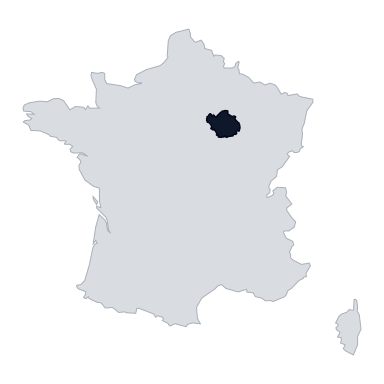 Aube on a map of France (Albers equal-area conic projection)
{"feature_id": "FRA-5270", "entity_name": "Aube", "entity_type": "Metropolitan department", "adm_level": 1, "iso_a3": "FRA", "parent_name": "France", "parent_adm1": "", "projection": "albers", "projection_center": [4.051, 48.317], "detail": "fine", "context": "in_parent", "style": "filled", "palette": "ink", "viewbox_px": 384, "rotation_deg": 0, "n_neighbors": 0, "source": "natural_earth", "source_scale": "10m", "svg_char_len": 6036}
<svg xmlns="http://www.w3.org/2000/svg" viewBox="0 0 384 384"><path d="M303.3,146.7L300.6,148.4L299.1,151.6L297.3,152.4L294.1,152.6L292.5,150.7L288.7,152.1L287.2,154.1L289.6,156.5L282.2,166.8L277.4,169.7L276.6,176.3L270.9,181.3L268.8,186.6L268.7,187.6L270.2,189.3L269.7,192.7L266.8,194.9L266.8,197.1L267.7,197.4L272.2,195.5L273.9,193.5L272.9,190.8L277.3,187.3L285.5,187.8L286.6,192.3L285.7,196.0L291.9,204.0L286.9,207.9L286.7,210.4L292.3,218.4L295.7,221.7L294.2,227.2L288.6,231.0L285.0,230.8L283.5,231.7L283.7,233.4L286.4,238.3L292.7,241.3L293.7,245.0L292.1,246.4L289.4,252.2L290.8,254.9L290.3,256.2L291.0,258.1L292.7,259.9L301.5,264.4L309.3,263.1L310.4,265.8L305.9,273.4L306.4,276.7L303.9,276.9L303.6,278.1L298.8,280.7L291.3,288.5L287.7,290.9L286.4,294.7L284.3,296.9L273.1,301.5L270.9,300.6L265.4,300.8L261.9,298.2L255.3,296.6L253.1,292.7L246.9,292.1L246.6,289.4L238.0,291.9L225.8,288.4L221.6,284.6L218.1,285.6L214.9,289.0L201.8,298.0L196.5,307.4L197.4,318.4L200.4,323.8L192.3,322.9L187.5,324.4L186.2,326.7L174.8,323.7L170.5,325.9L169.4,325.7L168.0,323.4L162.4,320.6L163.4,318.8L162.6,317.2L157.4,315.7L155.6,317.2L153.7,314.0L139.2,308.4L136.8,308.4L135.7,313.3L126.2,312.7L124.9,311.8L118.8,312.5L112.6,307.5L105.3,308.0L101.2,302.9L97.0,302.3L91.1,299.5L88.5,298.0L88.2,296.6L86.3,298.6L84.1,298.0L83.6,297.3L85.3,294.8L85.8,291.7L78.4,288.9L76.6,286.5L76.7,285.3L80.8,284.6L84.7,280.6L89.2,265.4L93.0,247.3L95.0,244.0L97.3,243.2L95.7,240.5L93.2,243.7L95.7,227.0L99.2,214.6L104.9,220.1L106.2,222.5L107.5,230.1L110.8,233.4L108.7,230.3L107.1,220.1L105.9,217.2L96.8,208.2L96.6,206.3L100.8,207.6L99.5,201.2L99.4,188.1L93.7,186.4L84.9,180.1L79.3,169.6L78.9,165.8L80.9,161.9L79.6,159.3L77.1,157.4L79.4,154.1L81.3,153.9L87.7,156.4L82.6,152.7L73.8,153.1L70.5,151.7L70.1,149.3L72.7,146.5L69.9,144.3L64.9,144.3L64.4,143.5L66.1,141.4L64.9,140.5L60.8,141.0L58.6,140.1L56.6,137.4L50.2,136.2L48.9,134.6L40.2,130.9L30.8,130.4L28.7,125.1L23.3,122.1L24.6,120.7L30.5,119.9L31.7,118.6L27.8,116.1L26.6,113.9L34.2,114.3L31.0,111.7L23.7,111.1L23.0,108.0L24.3,105.1L28.9,102.9L39.7,101.1L47.4,101.8L53.2,98.8L58.7,98.4L63.6,100.6L69.8,109.8L75.6,106.5L83.8,107.3L85.4,109.6L87.9,105.8L89.5,108.2L99.6,108.2L97.4,106.5L95.8,102.7L96.4,89.2L92.0,79.1L91.0,75.4L91.6,72.4L97.4,73.4L102.4,72.4L104.7,73.5L104.8,79.9L106.7,83.6L120.2,85.6L128.0,88.1L134.9,84.8L141.2,83.6L141.7,82.7L138.1,82.9L134.9,81.2L134.5,79.5L136.5,74.7L146.2,69.7L160.2,65.6L163.8,62.7L168.0,57.3L167.2,55.8L168.3,40.7L170.4,35.8L175.7,32.4L188.9,29.1L190.4,33.9L190.3,36.6L193.7,40.9L195.4,42.3L201.2,40.1L203.9,44.1L204.7,48.5L211.7,50.4L213.7,56.3L215.0,55.0L219.3,55.3L221.4,55.8L224.2,58.3L223.4,61.8L224.6,63.5L223.4,66.7L224.3,68.0L232.4,68.0L234.8,66.6L235.9,63.3L238.3,61.4L239.2,62.0L237.7,68.0L238.9,69.5L239.5,73.8L242.6,74.1L248.6,77.4L253.7,83.0L259.9,82.0L264.9,85.0L270.0,83.2L274.8,84.8L276.5,86.4L281.3,94.2L284.7,92.5L287.2,93.3L288.0,95.6L297.2,93.9L299.0,96.0L300.9,96.8L312.7,99.2L313.0,102.1L306.7,111.0L304.3,123.2L302.5,127.5L301.9,130.7L302.5,132.8L302.3,136.1L301.2,144.0L302.2,146.3L303.3,146.7ZM357.6,306.5L357.3,311.5L359.3,314.9L361.0,329.2L357.6,336.3L357.6,344.7L353.4,354.9L345.7,351.0L343.3,348.7L345.1,344.8L340.6,343.0L341.4,339.3L340.9,337.4L337.8,337.4L337.6,336.5L339.7,333.5L339.5,331.7L336.5,329.7L335.9,327.8L338.5,325.4L337.1,323.5L335.6,323.1L338.9,316.4L341.3,314.2L347.0,312.1L349.2,309.5L353.0,310.5L353.6,309.9L354.1,299.5L355.4,299.3L356.7,300.5L357.6,306.5ZM97.7,201.8L96.7,204.7L93.3,199.4L93.1,196.5L97.7,201.8Z" fill="#d9dde1" stroke="#a8b0b8" stroke-width="1"/><path d="M224.8,110.6L227.3,110.7L227.5,110.8L227.7,111.0L227.8,111.4L227.9,111.8L227.8,112.5L227.6,113.5L227.8,113.9L232.3,116.7L232.5,116.7L233.4,116.1L233.9,116.0L235.5,116.6L235.5,117.0L235.5,117.5L235.3,117.9L234.8,118.7L234.8,119.0L234.9,119.3L235.7,119.9L236.6,121.1L237.4,121.6L237.9,122.5L238.1,122.6L238.9,122.9L239.0,123.0L239.1,123.3L239.0,123.6L238.9,123.8L238.9,124.0L239.0,124.2L239.1,124.4L239.4,124.5L239.5,124.6L239.6,124.8L240.0,127.9L239.9,128.2L239.9,128.4L239.6,128.9L239.6,129.0L239.5,129.7L239.4,130.3L239.2,130.9L238.9,131.1L237.6,130.8L237.2,130.8L236.9,130.9L236.5,131.2L236.2,132.0L236.7,133.2L236.3,133.9L235.6,134.3L235.4,134.4L235.0,134.4L234.3,134.2L234.0,134.2L233.7,134.3L233.2,134.8L233.1,135.1L233.1,135.4L233.1,135.6L233.0,135.8L232.7,135.9L227.8,136.6L227.0,137.3L226.7,137.3L226.5,137.2L226.2,137.0L225.8,136.5L225.5,135.8L225.4,135.7L225.2,135.8L225.2,136.1L225.2,136.3L225.2,136.5L225.0,136.8L224.8,136.7L224.6,136.5L224.4,136.3L224.1,136.3L223.8,136.4L223.7,136.6L223.6,136.8L223.3,137.0L223.1,137.1L222.6,137.0L222.1,136.9L221.9,136.9L221.7,136.9L221.4,137.3L221.2,137.4L220.8,137.3L220.5,137.1L220.3,137.1L220.2,137.1L219.3,137.2L218.7,137.1L218.3,136.8L218.2,136.5L218.2,136.3L218.2,135.6L218.2,135.4L218.1,135.2L217.8,135.2L217.4,135.3L217.2,135.3L216.7,135.1L216.5,134.8L216.5,134.7L217.0,134.5L217.2,134.4L217.2,134.2L215.5,131.2L215.1,130.7L214.8,130.4L214.6,130.1L214.6,129.9L214.5,129.6L214.3,129.4L214.0,129.2L213.8,129.3L213.7,129.4L213.6,129.6L213.5,129.8L213.1,129.9L212.8,129.8L212.4,129.6L211.7,129.0L210.9,128.6L210.9,128.3L211.0,128.1L211.4,127.7L211.6,127.5L211.6,127.3L211.6,127.1L211.5,126.6L211.5,126.4L211.5,126.2L211.3,125.6L211.1,125.2L209.6,123.2L209.3,122.9L208.9,122.6L208.2,122.2L207.8,122.1L207.4,122.2L207.2,121.7L207.1,121.0L206.7,120.7L206.7,120.4L206.7,120.0L206.9,119.5L206.9,119.4L206.6,118.8L206.7,118.5L206.8,118.3L207.3,117.9L207.3,117.7L207.1,117.2L207.0,116.8L207.1,116.7L207.5,116.6L207.8,116.6L208.0,116.5L208.3,116.3L208.4,115.9L208.6,115.3L209.0,114.7L210.0,113.8L210.6,113.8L211.4,115.0L211.9,115.0L212.2,116.0L212.2,116.3L212.6,116.1L213.1,115.9L213.6,115.9L213.8,115.7L214.0,115.5L214.0,115.4L214.2,115.6L214.3,115.7L214.6,116.2L214.7,116.4L215.6,116.7L216.6,116.7L217.0,116.8L217.1,116.0L217.3,115.6L217.5,115.3L217.9,115.1L220.6,112.4L220.9,112.2L221.2,112.2L221.7,112.0L222.2,111.1L222.6,111.1L223.0,111.2L224.8,110.6Z" fill="#0f172a" stroke="#020617" stroke-width="1.5"/></svg>